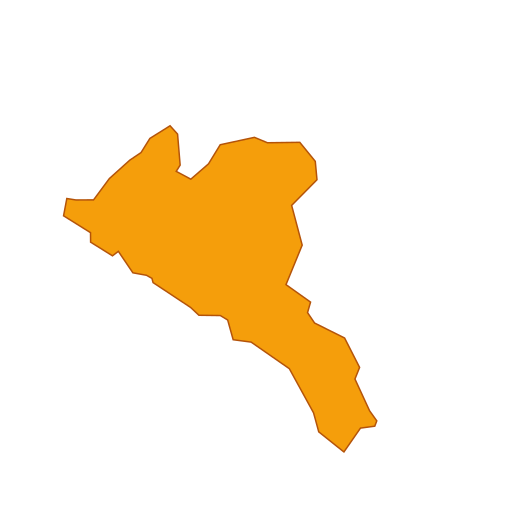 Boboye, Dosso, Niger, rotated 122°
{"feature_id": "23599985B30838539224942", "entity_name": "Boboye", "entity_type": "district", "adm_level": 2, "iso_a3": "NER", "parent_name": "Niger", "parent_adm1": "Dosso", "projection": "natural_earth1", "projection_center": [2.857, 13.176], "detail": "fine", "context": "isolated", "style": "filled", "palette": "amber", "viewbox_px": 512, "rotation_deg": 122, "n_neighbors": 0, "source": "geoboundaries", "source_scale": "gbopen_adm2", "svg_char_len": 826}
<svg xmlns="http://www.w3.org/2000/svg" viewBox="0 0 512 512"><g transform="rotate(122 256 256)"><path d="M191.1,397.9L212.5,408.3L229.2,408.3L241.5,413.8L268.0,421.4L294.5,423.5L303.9,438.4L307.5,446.9L323.9,440.5L323.9,416.3L323.9,408.7L331.9,403.6L331.9,377.8L325.0,375.2L335.5,351.5L330.4,338.7L330.1,332.4L333.1,329.2L334.3,284.1L336.5,273.0L325.4,254.7L325.3,246.1L339.1,231.0L331.6,214.5L333.9,168.0L358.5,124.1L362.9,119.3L371.9,109.6L375.6,77.6L346.6,76.2L337.4,65.1L331.8,66.2L327.1,77.6L307.9,106.9L295.6,109.1L278.6,137.4L280.4,156.1L281.8,170.8L276.7,182.3L266.2,185.3L264.4,215.4L222.3,222.6L194.2,252.6L159.0,244.7L144.3,255.9L136.4,279.1L153.9,306.3L156.2,320.2L180.6,345.3L203.0,345.1L225.4,352.0L226.5,368.5L219.1,368.5L194.2,387.1L191.1,397.9Z" fill="#f59e0b" stroke="#b45309" stroke-width="1.5"/></g></svg>